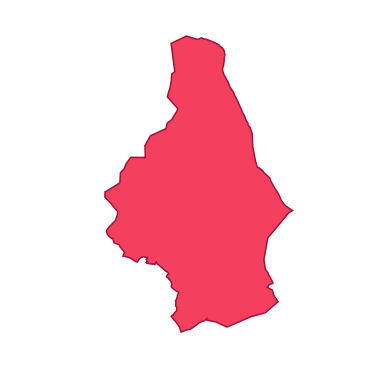 the district of Obi Nwga, Abia, Nigeria, rotated 332°
{"feature_id": "59680162B7784772599553", "entity_name": "Obi Nwga", "entity_type": "district", "adm_level": 2, "iso_a3": "NGA", "parent_name": "Nigeria", "parent_adm1": "Abia", "projection": "orthographic", "projection_center": [7.438, 5.164], "detail": "fine", "context": "isolated", "style": "filled", "palette": "rose", "viewbox_px": 384, "rotation_deg": 332, "n_neighbors": 0, "source": "geoboundaries", "source_scale": "gbopen_adm2", "svg_char_len": 3603}
<svg xmlns="http://www.w3.org/2000/svg" viewBox="0 0 384 384"><g transform="rotate(332 192 192)"><path d="M265.9,183.7L266.9,180.6L272.5,168.9L273.1,164.8L273.6,162.5L273.0,159.6L273.6,157.2L273.5,153.2L274.1,149.7L274.0,146.8L274.0,145.7L275.0,132.8L275.0,129.3L275.0,128.4L275.0,126.4L275.5,122.9L274.9,118.8L274.9,116.5L275.4,113.0L275.4,110.1L275.4,107.2L275.3,103.7L275.9,99.6L277.0,97.3L279.3,95.0L280.0,94.1L281.5,92.0L283.2,89.1L285.5,86.2L286.6,82.7L286.6,79.8L285.4,76.9L284.8,74.6L283.1,72.2L280.7,68.8L279.0,67.0L276.7,64.2L273.8,61.9L272.9,60.4L268.4,59.8L260.3,51.7L243.3,51.0L233.3,77.7L229.4,78.5L226.8,82.5L225.9,84.2L225.8,84.3L223.3,87.3L220.9,90.4L219.0,92.0L215.3,96.0L214.9,96.4L218.6,111.7L216.8,113.4L208.2,118.5L202.4,119.6L198.6,124.0L198.3,123.8L181.8,122.8L172.0,129.1L172.1,129.5L171.9,129.8L170.6,132.3L168.6,136.3L166.9,139.5L154.3,132.7L147.1,136.1L142.7,139.9L137.9,141.3L134.8,146.4L132.6,150.0L116.5,151.2L115.3,151.0L112.6,155.7L114.8,163.0L116.3,170.7L117.2,174.4L115.6,176.9L110.8,181.3L104.8,183.1L99.9,185.0L98.0,186.6L97.4,189.8L98.1,192.8L99.5,195.5L100.2,195.9L99.4,200.4L103.0,204.5L102.7,206.7L104.1,213.6L100.9,216.2L102.9,217.7L105.6,220.2L107.9,223.6L109.5,226.7L110.6,228.1L111.7,227.8L112.2,227.6L112.6,227.4L113.0,227.0L113.3,226.4L113.8,226.5L114.4,226.4L115.1,226.2L116.2,226.0L117.0,226.1L117.9,226.3L118.7,226.4L119.0,226.6L120.7,228.0L121.4,228.5L121.9,228.9L121.7,229.1L121.3,229.3L120.9,229.9L120.6,230.3L120.4,230.2L119.9,230.1L119.9,230.6L119.7,231.1L119.6,231.6L119.6,231.9L119.8,232.4L118.4,232.6L118.5,233.1L118.6,233.5L118.6,233.8L118.7,234.0L119.1,234.0L119.3,234.1L119.7,234.4L120.1,234.8L121.1,235.6L121.9,236.2L122.7,236.7L123.0,237.0L123.4,237.3L123.6,237.1L124.2,237.6L124.8,238.0L125.2,238.6L125.7,238.2L126.1,237.7L126.3,237.5L126.5,237.4L127.0,237.5L127.4,237.4L127.6,237.3L127.4,238.9L127.6,239.3L128.3,240.8L128.9,242.2L129.8,244.5L130.1,245.2L130.4,245.9L130.8,247.1L131.2,248.7L131.5,249.3L131.7,249.6L132.2,250.2L132.5,250.7L132.9,252.2L133.1,253.2L130.9,253.8L130.3,254.0L129.8,254.5L129.7,254.9L129.7,255.2L130.3,256.3L130.9,257.5L131.1,257.8L130.6,258.2L130.8,258.7L131.0,259.2L131.3,259.6L131.4,262.2L130.4,264.4L130.3,264.5L129.1,266.0L130.3,269.5L131.4,271.5L133.2,274.4L132.1,275.4L131.2,276.0L130.6,276.4L129.4,278.0L128.1,279.3L126.2,280.5L126.1,281.0L126.0,281.7L125.8,282.2L124.9,283.5L124.3,284.5L124.0,284.8L124.2,285.7L124.3,286.3L124.3,286.9L124.2,287.3L123.7,288.0L123.3,288.6L122.8,289.1L122.4,289.7L121.7,289.9L121.1,290.1L120.6,290.2L119.7,290.5L119.2,290.9L117.8,291.8L117.4,291.9L117.0,291.6L116.6,291.6L115.3,291.9L115.5,293.5L115.9,295.8L116.3,297.3L116.7,298.6L117.5,304.5L117.4,305.7L116.7,310.6L117.6,310.7L119.1,310.8L121.5,311.1L122.6,311.3L123.7,311.6L125.8,312.5L129.7,312.0L132.5,311.7L133.7,311.5L136.9,310.9L138.0,310.9L140.9,311.1L142.0,311.4L143.2,311.4L144.4,311.2L144.8,311.1L145.7,310.8L145.1,312.2L152.2,318.1L159.5,327.7L185.1,329.7L200.0,333.0L216.5,329.3L215.7,322.2L216.1,320.0L217.0,316.4L213.7,311.5L214.2,311.5L216.6,310.1L217.0,310.0L217.5,310.1L218.4,310.3L219.4,310.5L220.1,310.7L220.4,310.5L220.8,310.4L220.9,310.1L220.9,306.9L220.9,302.7L220.7,301.4L220.8,300.2L221.1,298.9L221.1,298.3L220.6,295.6L220.4,295.0L223.7,285.5L237.4,268.1L267.4,255.9L272.1,255.5L271.7,255.0L269.9,251.5L268.1,248.0L267.5,245.7L267.3,243.8L266.9,241.0L267.4,235.8L267.4,232.3L266.8,227.7L266.8,224.8L266.7,219.5L267.2,216.0L266.1,212.5L264.9,209.6L264.3,206.2L262.5,202.1L261.3,200.4L262.3,195.9L262.4,195.1L263.1,192.9L265.9,183.7Z" fill="#f43f5e" stroke="#9f1239" stroke-width="1.5"/></g></svg>